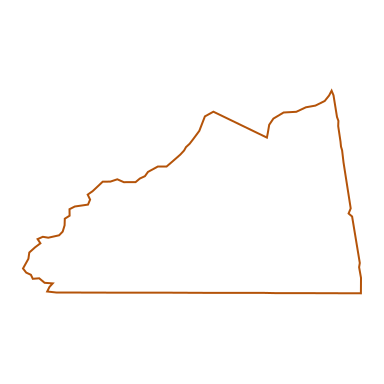 Santa Terezinha de Itaipu, Paraná, Brazil, rotated 270°
{"feature_id": "56859067B53471345312520", "entity_name": "Santa Terezinha de Itaipu", "entity_type": "district", "adm_level": 2, "iso_a3": "BRA", "parent_name": "Brazil", "parent_adm1": "Paraná", "projection": "robinson", "projection_center": [-54.414, -25.439], "detail": "fine", "context": "isolated", "style": "outline", "palette": "amber", "viewbox_px": 384, "rotation_deg": 270, "n_neighbors": 0, "source": "geoboundaries", "source_scale": "gbopen_adm2", "svg_char_len": 1145}
<svg xmlns="http://www.w3.org/2000/svg" viewBox="0 0 384 384"><g transform="rotate(270 192 192)"><path d="M293.3,331.6L288.5,329.1L283.0,324.7L278.4,315.4L276.7,305.9L272.2,296.3L271.5,283.6L265.4,273.4L259.2,269.2L251.0,267.8L246.4,266.9L272.3,213.4L267.6,204.9L253.1,199.3L244.6,193.0L240.2,189.6L236.9,186.0L233.5,184.1L229.3,180.2L221.7,171.5L217.5,166.6L217.5,157.9L212.1,148.0L207.8,144.9L205.5,139.9L201.9,135.6L201.9,128.5L201.8,123.9L204.7,117.3L202.4,110.4L202.3,102.7L192.9,92.7L189.4,87.7L184.4,90.1L179.4,88.0L177.5,74.8L174.8,69.5L168.3,69.6L165.3,64.8L158.7,64.6L152.4,62.7L148.7,59.1L146.3,48.3L147.2,42.8L144.9,37.6L140.7,40.4L136.7,35.1L131.5,29.3L125.2,28.4L115.5,23.0L111.4,26.2L109.2,30.9L105.2,32.8L105.7,39.2L101.2,44.6L100.6,52.7L97.1,49.5L92.5,47.2L91.5,56.2L91.3,130.8L91.3,152.1L91.3,172.4L91.1,217.2L91.1,234.1L91.1,254.8L91.1,264.8L90.9,274.5L90.9,293.6L90.7,360.9L106.1,361.0L116.8,359.1L121.0,359.8L151.8,354.7L167.5,352.1L170.5,348.6L175.6,350.7L221.7,343.5L233.7,342.1L237.4,341.0L242.4,340.5L257.9,338.2L263.1,338.4L267.0,337.0L288.7,333.5L293.3,331.6Z" fill="none" stroke="#b45309" stroke-width="2"/></g></svg>